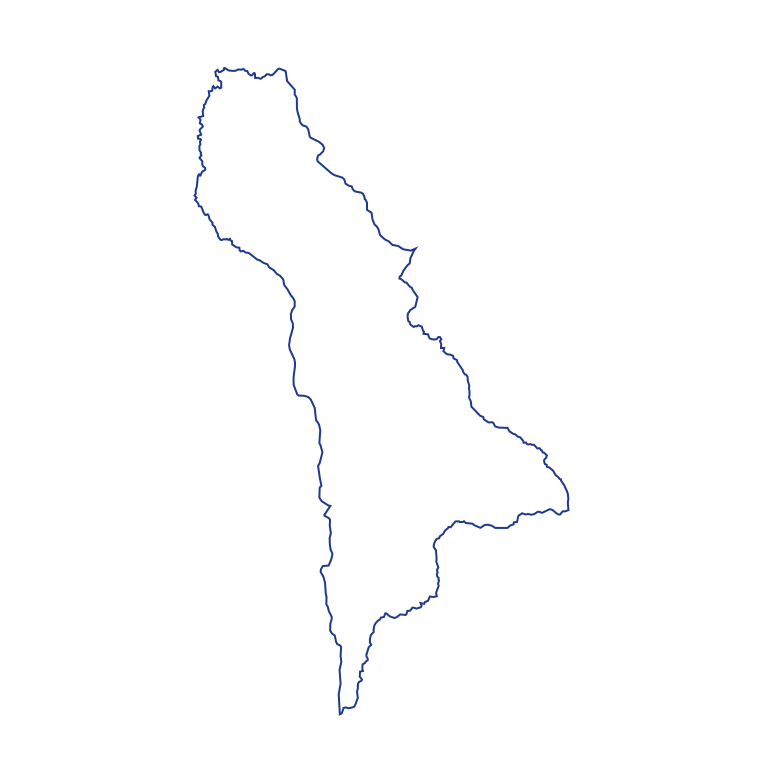 outline of Villa Gómez, Cundinamarca, Colombia, rotated 356°
{"feature_id": "7082276B48238544943063", "entity_name": "Villa Gómez", "entity_type": "district", "adm_level": 2, "iso_a3": "COL", "parent_name": "Colombia", "parent_adm1": "Cundinamarca", "projection": "natural_earth1", "projection_center": [-74.187, 5.267], "detail": "fine", "context": "isolated", "style": "outline", "palette": "blue", "viewbox_px": 768, "rotation_deg": 356, "n_neighbors": 0, "source": "geoboundaries", "source_scale": "gbopen_adm2", "svg_char_len": 6107}
<svg xmlns="http://www.w3.org/2000/svg" viewBox="0 0 768 768"><g transform="rotate(356 384 384)"><path d="M559.2,522.7L559.1,514.9L559.9,511.6L559.7,506.2L558.9,503.4L556.6,497.3L553.9,492.8L553.8,491.4L552.6,491.0L551.2,488.9L549.0,487.1L546.6,482.2L543.0,478.8L540.7,478.0L540.7,476.0L538.9,475.0L538.3,472.6L538.5,470.8L540.7,468.7L541.5,466.6L539.1,463.9L537.5,463.2L536.7,461.1L535.8,460.7L534.8,458.9L532.5,459.0L529.4,455.1L527.3,455.0L525.7,454.1L523.6,454.4L522.3,453.8L521.6,452.3L519.1,452.3L518.8,450.2L516.1,446.7L513.8,445.8L511.3,443.3L509.4,442.7L505.8,439.9L504.2,436.4L495.6,435.5L492.4,434.3L491.5,433.4L490.7,431.0L489.4,429.7L485.5,429.6L481.0,426.1L480.7,423.8L477.7,422.4L469.6,412.7L469.4,407.4L467.8,403.2L468.5,401.2L468.8,396.9L468.3,394.5L469.0,391.9L467.9,386.8L467.8,382.7L466.8,380.7L465.4,380.1L463.9,377.8L463.6,375.9L458.5,366.8L458.4,365.2L455.2,363.3L454.9,360.8L452.6,359.5L448.7,358.6L445.6,355.5L446.6,352.2L443.3,352.1L443.9,348.3L442.8,345.0L444.3,343.5L443.2,341.2L441.6,340.9L439.5,343.0L436.8,343.1L433.3,342.1L432.4,341.1L431.4,337.5L426.9,336.7L427.5,334.5L426.6,333.5L425.7,329.4L422.5,327.8L420.8,328.8L419.0,328.5L417.7,329.2L414.4,326.5L413.9,324.0L412.8,323.2L412.5,322.0L412.2,318.3L412.8,315.4L415.5,312.0L420.6,309.2L423.6,299.7L418.9,291.7L418.8,290.4L416.5,288.6L413.4,284.3L412.0,284.1L408.2,280.4L406.8,280.0L406.8,279.0L407.3,277.8L408.9,276.9L411.4,272.1L415.7,267.2L418.0,265.6L419.1,260.4L422.9,253.5L424.9,251.1L420.1,252.8L412.4,250.9L407.8,247.3L402.0,245.8L398.9,242.2L394.9,239.8L390.4,235.1L389.2,229.0L387.7,226.3L385.7,224.2L384.1,219.5L383.5,212.3L379.2,209.1L379.7,202.0L378.4,198.7L377.7,198.2L377.5,195.7L376.2,192.7L374.8,191.6L368.1,189.7L366.3,187.3L365.6,184.6L363.2,184.0L359.7,181.6L358.6,177.0L356.6,175.1L349.1,172.2L346.1,170.0L333.2,157.1L333.0,155.0L333.7,152.5L334.5,151.2L335.7,151.0L339.5,147.7L340.8,144.4L339.4,141.0L336.2,138.0L327.9,133.1L327.2,131.9L326.2,124.9L325.1,122.6L323.8,121.3L321.5,120.7L319.7,118.9L318.3,116.3L318.4,113.7L316.7,106.4L316.4,102.8L317.0,92.4L315.1,89.0L315.5,84.2L308.5,75.1L307.7,65.0L301.9,62.2L300.6,62.2L294.4,67.9L292.2,68.1L290.8,67.1L288.6,66.8L286.5,68.8L284.2,69.4L283.2,70.6L281.9,70.9L279.9,69.8L276.8,69.7L276.9,65.8L276.5,64.8L275.7,64.8L273.9,66.9L272.8,66.9L270.5,65.1L269.5,62.4L267.3,61.8L265.9,59.9L263.3,60.5L260.6,60.0L258.0,61.1L255.8,61.2L251.0,60.4L247.0,57.6L246.4,57.9L246.2,59.5L242.5,61.4L241.1,61.3L239.9,59.0L237.5,60.8L237.9,65.1L239.8,66.0L240.0,69.6L242.1,70.5L242.7,71.5L242.3,77.0L241.0,77.7L238.8,75.8L236.1,77.3L234.5,75.0L233.7,75.9L233.1,79.3L232.2,79.9L229.6,79.7L229.9,84.3L226.5,89.0L225.3,92.1L223.7,93.2L223.9,95.7L222.8,97.4L222.1,99.8L222.3,104.1L217.6,105.1L219.4,107.5L218.5,111.2L220.4,112.4L221.3,114.6L218.4,117.0L217.7,118.2L219.0,122.6L215.6,123.6L215.6,126.3L217.9,126.8L218.5,127.7L217.3,129.4L217.5,132.3L216.4,133.7L216.3,138.2L217.6,140.4L217.2,141.4L217.8,143.1L215.7,145.6L218.3,149.2L218.0,152.3L218.8,154.4L220.6,155.9L220.8,157.0L220.1,158.2L217.4,159.5L215.4,163.3L214.9,163.3L214.1,162.0L212.8,163.8L211.0,174.2L209.5,178.2L209.5,181.0L208.1,182.9L210.0,185.2L208.3,187.1L211.3,190.8L211.7,193.7L214.1,194.3L216.0,200.5L217.3,202.7L218.1,203.0L219.7,202.4L220.5,202.8L221.6,207.8L224.1,211.1L224.1,213.4L226.2,215.3L227.5,220.4L228.7,222.6L228.7,225.1L230.9,228.6L232.0,229.1L234.4,228.3L235.8,228.8L237.2,228.3L238.6,229.3L240.5,228.5L240.9,230.1L242.3,230.8L242.3,234.3L246.4,237.4L249.2,237.9L249.3,240.3L250.2,241.7L253.1,241.4L254.8,243.1L258.2,243.8L266.4,251.2L268.2,251.6L272.1,254.7L275.9,256.4L277.7,259.7L282.0,262.8L284.6,266.6L287.8,268.7L290.0,271.5L290.8,272.8L291.3,278.2L294.3,282.8L297.4,289.3L299.3,291.7L300.7,295.0L300.3,300.6L297.6,303.8L296.0,307.7L295.8,312.8L297.2,317.0L297.2,321.4L293.5,331.8L292.0,338.6L292.4,342.8L296.3,352.9L296.7,356.5L296.5,359.8L294.2,371.3L293.8,378.5L296.7,388.3L298.2,389.6L303.8,390.2L307.8,391.9L309.9,394.5L313.2,403.0L313.7,415.5L315.3,417.7L316.4,420.3L317.2,425.8L315.4,438.4L316.4,440.7L317.8,447.9L314.3,458.5L312.5,461.1L313.5,474.1L314.5,481.0L312.6,483.0L311.6,492.8L313.7,496.6L319.9,501.2L322.0,501.9L315.4,510.4L315.5,511.3L319.6,513.9L320.7,515.7L320.0,521.5L320.6,529.0L319.0,534.0L318.8,540.5L319.1,545.0L320.6,549.4L320.5,551.0L318.9,555.9L316.1,561.2L310.2,561.4L308.1,564.6L307.7,567.2L310.1,572.0L311.3,578.1L311.3,588.7L311.8,592.4L311.1,599.8L312.4,602.2L313.1,606.7L315.6,612.6L315.4,614.8L313.7,619.5L313.1,626.4L315.0,629.6L317.4,631.5L318.2,637.9L319.3,640.3L322.1,641.9L322.9,643.3L321.7,652.3L322.1,658.1L319.7,666.1L319.8,680.0L317.2,690.2L316.9,710.4L318.8,709.7L321.1,704.4L323.2,704.0L326.2,705.0L331.1,704.2L332.2,703.4L333.3,701.3L336.0,695.2L335.6,688.9L336.6,686.1L337.1,681.5L338.1,679.6L340.9,678.3L341.4,677.3L339.4,674.3L340.0,669.2L343.0,668.9L342.5,666.4L343.1,662.1L345.5,661.1L346.4,659.6L348.5,658.4L348.5,656.5L347.5,654.6L347.5,653.1L350.4,645.5L353.1,643.2L351.9,641.1L352.2,637.5L353.4,633.5L356.4,630.7L356.5,628.0L357.5,624.3L359.0,622.0L361.7,619.5L363.4,618.8L364.5,616.9L367.8,616.3L369.3,612.9L370.5,613.1L373.4,616.1L378.1,618.2L380.5,617.4L384.1,615.0L389.5,615.9L390.3,615.3L391.4,612.1L394.4,611.9L396.6,609.2L397.9,609.1L400.6,610.3L405.1,609.3L406.0,607.8L405.2,605.1L408.7,606.1L409.6,604.4L412.8,603.3L414.9,599.2L418.6,599.9L421.9,599.4L421.4,595.9L424.4,589.2L424.0,586.9L425.2,583.9L424.7,582.7L425.0,581.4L423.6,579.4L423.4,577.3L424.4,575.9L423.8,573.2L425.4,570.9L423.8,565.0L424.3,561.6L424.2,553.5L422.2,550.1L422.5,547.8L423.7,544.9L425.9,542.1L428.3,541.7L429.1,539.8L432.5,537.7L434.7,534.4L437.5,532.5L438.4,531.2L440.5,531.5L445.7,526.1L449.1,526.2L450.0,527.0L453.2,527.1L454.2,526.5L456.0,528.4L462.4,529.5L464.3,531.2L470.1,534.2L474.5,531.7L477.7,531.6L481.7,532.9L484.9,535.3L497.2,536.2L500.0,534.0L503.4,533.1L503.9,531.0L507.0,531.0L508.9,524.8L512.9,522.6L516.1,524.0L518.6,523.7L522.0,524.7L524.7,524.3L528.4,522.2L529.9,522.3L532.7,523.6L540.6,520.4L543.1,521.3L548.2,526.0L550.4,526.6L553.4,523.5L555.5,523.7L559.2,522.7Z" fill="none" stroke="#1e3a8a" stroke-width="2"/></g></svg>